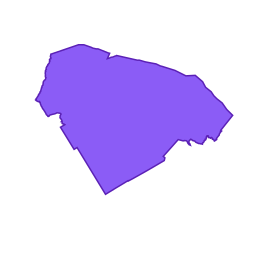 the district of General Lavalle, Buenos Aires, Argentina, rotated 287°
{"feature_id": "61730980B99537515777431", "entity_name": "General Lavalle", "entity_type": "district", "adm_level": 2, "iso_a3": "ARG", "parent_name": "Argentina", "parent_adm1": "Buenos Aires", "projection": "mercator", "projection_center": [-56.914, -36.675], "detail": "fine", "context": "isolated", "style": "filled", "palette": "violet", "viewbox_px": 256, "rotation_deg": 287, "n_neighbors": 0, "source": "geoboundaries", "source_scale": "gbopen_adm2", "svg_char_len": 5200}
<svg xmlns="http://www.w3.org/2000/svg" viewBox="0 0 256 256"><g transform="rotate(287 128 128)"><path d="M170.7,224.4L174.2,217.7L174.8,216.7L179.2,211.1L179.5,210.7L181.9,204.5L183.9,200.7L187.0,196.9L189.6,190.3L194.1,185.8L198.0,176.9L194.8,168.1L196.8,156.1L196.9,142.5L196.8,140.7L197.5,136.2L196.3,125.3L196.2,119.0L195.6,117.2L194.0,95.9L193.7,95.8L193.0,94.6L191.9,93.3L191.1,92.2L191.0,91.7L190.3,90.6L189.7,90.1L188.3,88.0L194.1,88.6L194.0,87.0L194.9,76.4L194.8,75.8L194.4,74.6L194.1,70.9L194.4,69.4L194.7,61.7L194.6,61.2L193.2,56.4L176.0,32.6L175.2,32.9L174.9,32.8L174.6,32.8L174.4,32.9L174.2,32.8L173.8,32.8L173.6,33.0L173.0,33.3L172.9,33.4L172.8,33.5L172.7,33.7L172.4,33.8L171.8,33.9L171.7,33.5L171.2,33.3L170.8,33.0L170.5,32.9L170.3,33.0L170.1,33.2L169.5,33.3L169.3,33.7L169.1,33.5L168.8,33.4L168.4,33.5L168.2,33.6L167.9,33.6L167.2,33.7L166.7,33.6L166.3,33.3L165.9,33.2L165.7,33.0L165.3,32.9L165.2,32.8L164.6,32.8L164.3,33.0L163.4,32.6L163.3,32.4L163.1,32.4L161.8,32.2L161.2,32.2L160.6,32.5L160.2,32.8L159.7,32.5L159.6,32.4L158.7,32.3L158.3,32.3L158.1,32.5L157.9,32.8L157.3,32.6L157.1,32.7L156.7,32.7L156.3,32.9L155.9,32.9L155.3,33.2L154.6,33.6L154.0,33.6L153.8,33.8L153.3,33.8L153.1,34.0L152.7,34.1L152.3,34.4L152.2,34.8L150.1,34.8L149.6,34.4L149.3,34.1L149.0,34.1L148.7,33.9L148.2,33.7L147.3,33.5L146.6,33.6L146.3,33.7L146.3,33.8L146.0,33.9L145.4,33.8L144.9,33.9L144.4,34.2L143.3,33.6L142.9,33.5L142.3,33.6L142.0,33.8L141.4,33.7L141.0,33.5L140.6,33.7L140.4,33.6L140.1,33.6L139.4,33.7L138.8,33.6L138.5,33.7L138.3,33.7L138.2,33.7L137.9,33.7L137.6,33.8L137.3,33.8L137.2,33.7L136.9,33.5L136.9,33.4L136.5,33.4L136.2,33.4L136.0,33.5L135.6,33.5L135.5,33.3L134.8,33.0L134.2,33.0L133.6,32.7L133.5,32.8L133.4,32.9L132.6,32.8L132.2,32.6L132.0,32.4L131.1,32.3L130.7,32.1L130.2,32.1L129.7,31.8L129.3,31.7L129.2,31.6L128.9,31.7L128.7,31.6L128.4,32.0L128.1,32.1L127.7,31.6L127.3,32.4L126.9,34.6L127.0,35.0L127.4,35.3L127.5,35.4L127.5,35.7L126.9,36.0L126.6,36.2L126.6,36.6L125.9,37.0L125.6,37.0L125.3,37.2L125.1,37.5L124.9,37.7L124.1,38.2L123.9,38.4L123.5,38.7L123.3,39.1L122.5,39.9L121.4,40.8L121.2,41.5L120.8,41.9L120.1,42.7L119.0,44.0L118.0,45.1L117.1,45.8L116.6,46.6L116.4,47.3L116.1,47.7L115.7,48.0L115.8,48.6L116.1,49.0L116.7,49.1L117.2,49.4L117.9,49.9L118.1,50.5L118.5,51.0L118.7,51.4L118.9,51.6L120.0,53.6L120.7,54.6L121.8,55.6L121.9,56.5L122.2,58.1L122.2,58.9L122.2,59.3L122.0,59.6L121.8,59.8L121.7,59.9L121.2,59.8L120.1,59.5L119.8,59.5L119.4,59.7L118.1,59.9L117.7,60.2L117.5,60.6L117.3,60.7L117.1,61.2L116.9,61.5L116.6,61.7L116.4,62.0L116.0,62.5L115.5,62.7L115.3,62.8L115.1,62.7L114.7,62.5L114.8,62.9L114.7,63.2L113.8,63.5L113.4,63.5L113.2,63.6L113.0,63.8L112.9,64.4L113.1,65.1L113.0,65.7L112.7,66.6L109.0,63.2L91.8,82.7L94.4,85.0L58.0,125.9L67.4,134.2L77.6,143.4L77.3,143.7L81.0,147.4L93.7,159.5L107.5,172.2L110.3,172.0L111.2,170.0L123.1,175.5L131.6,179.4L131.8,184.5L132.1,184.9L132.1,185.2L132.2,185.3L132.5,185.6L132.5,186.2L132.6,186.3L132.7,186.7L132.9,187.1L132.9,187.5L132.6,188.2L132.1,188.7L132.1,188.8L131.9,188.9L131.7,189.1L131.3,189.4L131.3,189.5L131.2,189.7L130.9,189.8L130.4,190.5L130.4,190.8L130.1,191.1L129.9,191.3L129.8,192.5L130.0,192.3L130.5,192.2L130.9,191.9L131.1,191.5L131.6,190.8L131.8,190.5L132.2,190.4L132.3,190.2L132.8,190.3L133.0,190.2L133.3,190.2L133.5,190.3L134.1,190.4L134.4,190.6L134.7,190.9L135.4,191.1L135.6,191.3L135.4,191.5L135.5,191.8L135.3,192.2L135.4,192.4L135.3,192.7L135.1,193.1L134.9,193.5L135.0,193.6L135.0,194.3L135.0,194.5L134.9,194.8L135.0,194.9L135.0,195.2L135.1,195.5L135.0,195.8L134.9,195.8L134.8,196.1L134.6,196.3L134.4,196.6L134.3,196.8L134.2,197.0L134.1,197.5L134.2,197.8L134.2,198.0L134.0,198.3L134.0,198.8L133.9,199.1L133.9,199.3L133.9,199.8L133.8,200.0L133.9,200.3L133.9,200.6L134.0,200.7L134.1,201.3L134.1,201.6L134.1,202.0L134.1,202.4L134.2,202.5L134.3,203.1L134.3,203.4L134.3,203.7L134.3,203.8L134.5,203.7L135.0,203.6L135.3,203.8L135.7,204.1L135.8,204.1L135.9,203.9L136.0,203.9L136.1,204.0L136.3,204.4L137.2,204.7L137.8,204.7L138.1,204.7L138.3,204.6L138.5,204.9L138.8,205.0L138.8,205.3L139.1,205.4L139.5,205.3L139.4,205.6L139.6,205.8L139.9,205.8L140.0,205.6L140.0,205.8L140.7,205.8L141.2,205.9L141.4,205.8L141.3,205.7L142.3,205.5L142.6,205.6L143.4,205.7L143.8,206.1L144.0,206.8L143.9,207.1L143.5,207.2L143.4,207.3L143.4,207.2L143.1,207.2L142.9,207.1L142.8,207.4L142.5,207.7L142.4,207.9L142.4,208.2L142.6,208.7L142.6,209.3L142.4,209.8L142.5,209.9L142.6,210.1L142.8,210.2L142.7,210.3L142.8,210.4L143.1,210.3L143.2,210.5L142.9,210.6L142.9,210.9L143.0,211.5L142.8,211.8L142.2,211.9L142.0,212.0L142.2,212.3L142.2,212.5L141.9,212.8L141.7,213.2L141.7,213.6L141.5,213.9L141.4,214.1L141.2,214.1L140.8,214.4L140.9,214.5L141.0,214.4L141.0,214.6L141.1,214.8L141.6,215.1L141.9,215.4L142.2,215.5L142.3,215.7L142.4,215.8L142.5,215.7L142.8,216.0L142.9,215.8L143.5,215.7L143.7,215.9L144.5,215.9L145.6,216.3L146.2,216.6L146.4,216.6L146.7,216.8L147.3,217.0L147.9,217.3L148.1,217.3L148.3,217.2L148.5,217.1L149.0,217.1L149.3,217.2L149.5,217.2L150.2,217.5L150.7,217.6L151.0,217.8L151.7,217.9L152.3,218.3L152.3,218.1L152.6,218.0L152.8,217.8L152.9,217.5L152.8,217.4L153.0,217.4L170.7,224.4Z" fill="#8b5cf6" stroke="#5b21b6" stroke-width="1.5"/></g></svg>